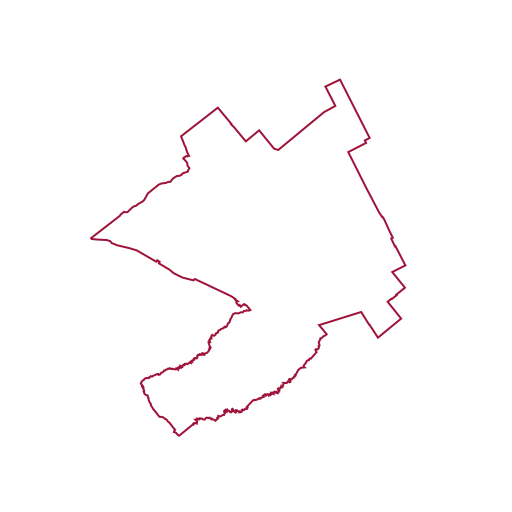 Totoral, Córdoba, Argentina (Albers equal-area conic projection), rotated 321°
{"feature_id": "61730980B56418772605079", "entity_name": "Totoral", "entity_type": "district", "adm_level": 2, "iso_a3": "ARG", "parent_name": "Argentina", "parent_adm1": "Córdoba", "projection": "albers", "projection_center": [-64.25, -30.717], "detail": "fine", "context": "isolated", "style": "outline", "palette": "rose", "viewbox_px": 512, "rotation_deg": 321, "n_neighbors": 0, "source": "geoboundaries", "source_scale": "gbopen_adm2", "svg_char_len": 6098}
<svg xmlns="http://www.w3.org/2000/svg" viewBox="0 0 512 512"><g transform="rotate(321 256 256)"><path d="M83.2,347.3L100.2,347.2L100.9,347.6L101.4,346.9L102.3,346.8L102.5,347.5L103.8,347.4L104.5,348.9L106.3,347.5L106.0,345.5L106.7,346.2L107.4,345.1L107.8,345.1L108.9,346.4L108.9,347.2L109.8,347.3L110.2,346.8L110.8,347.3L110.9,347.8L111.8,348.6L111.8,349.4L113.0,350.7L113.5,350.9L114.8,350.3L115.9,350.5L116.7,351.8L118.2,352.4L118.3,353.8L119.1,354.3L118.8,355.0L119.4,355.2L119.5,355.8L120.2,356.5L120.9,358.6L121.8,358.3L124.1,358.4L124.0,357.4L125.2,357.3L126.0,356.5L127.1,358.2L130.7,358.8L131.1,359.4L133.6,358.2L134.6,358.6L134.7,358.0L134.3,358.0L133.8,357.2L133.3,356.9L133.8,356.3L135.8,356.4L135.7,357.6L136.2,357.0L137.0,357.2L136.5,358.2L136.8,358.8L137.7,359.3L137.6,361.0L138.4,361.9L139.5,361.8L139.7,361.1L140.5,360.7L141.0,359.9L141.5,359.9L141.7,361.1L141.2,361.6L141.1,362.6L141.5,364.7L141.9,364.9L142.8,363.2L143.6,363.2L144.0,363.6L143.8,364.8L145.3,366.1L145.4,366.6L144.7,367.0L145.6,367.7L146.9,368.0L147.5,367.7L147.7,366.8L148.4,366.7L148.9,366.9L149.2,367.9L149.5,368.1L150.8,367.8L151.7,368.7L153.0,369.1L153.4,368.8L153.2,368.3L153.4,368.0L153.9,368.6L154.1,368.5L153.7,367.5L162.9,366.3L164.0,366.7L164.0,367.0L166.1,368.2L168.2,368.3L169.1,369.4L169.8,369.0L170.2,369.6L171.0,369.4L173.3,370.4L173.7,370.1L173.6,369.0L176.0,369.1L176.5,369.7L176.0,370.6L177.0,370.4L177.5,370.9L177.9,370.7L178.4,371.9L178.3,372.2L178.6,372.1L178.6,372.4L179.2,372.2L179.1,371.8L179.4,371.7L179.9,372.2L179.9,372.8L180.7,372.3L180.5,373.1L181.9,373.0L182.5,373.9L182.6,373.0L183.2,373.9L183.5,373.7L183.3,372.8L184.8,373.1L184.5,373.7L185.3,374.4L185.7,374.3L185.5,374.8L186.2,375.3L186.1,375.9L186.5,376.3L187.1,375.5L187.8,376.1L188.7,375.6L189.0,374.0L189.5,372.9L190.1,373.0L190.3,374.5L190.9,373.8L191.5,373.9L192.8,373.3L192.3,374.0L194.0,374.6L197.5,372.4L197.5,371.9L199.7,373.9L200.4,374.0L201.9,373.5L202.7,375.3L203.5,375.5L204.0,374.9L203.8,373.4L204.1,372.6L204.6,372.6L206.1,374.3L207.7,373.9L208.7,374.3L209.7,373.6L210.3,374.1L211.4,373.9L211.6,372.9L211.9,372.9L212.1,373.3L217.2,371.1L219.3,371.1L220.6,371.2L223.6,373.1L223.4,371.8L224.4,371.1L227.9,370.3L229.3,369.5L230.8,369.7L231.4,370.2L233.2,369.5L233.9,370.3L242.6,368.8L243.1,366.3L243.8,366.1L245.3,367.4L247.4,366.8L248.0,365.3L249.2,365.4L249.7,364.0L250.0,363.8L250.1,363.1L250.7,362.3L253.4,361.4L254.1,360.5L255.3,361.1L258.0,360.8L259.9,361.4L261.7,361.3L261.5,349.4L302.5,365.7L300.7,380.6L301.0,380.7L299.4,396.2L329.4,396.0L329.5,374.4L334.3,374.4L334.4,374.9L340.7,375.0L340.7,374.3L351.8,374.4L351.8,354.2L366.2,357.3L370.6,336.0L370.0,335.9L372.1,327.5L373.8,327.9L375.6,319.9L378.5,308.9L379.0,305.9L379.0,305.4L378.6,305.3L379.1,299.6L384.5,272.6L393.1,233.3L412.7,237.4L413.3,234.7L418.6,235.8L432.3,171.8L416.6,168.0L412.1,189.3L399.3,187.0L340.0,187.6L337.6,184.1L337.5,160.3L320.2,160.5L320.0,142.6L319.5,137.8L320.0,137.8L319.7,116.7L273.1,115.8L270.1,125.2L269.9,126.8L267.9,131.8L266.8,136.1L265.5,135.5L265.0,134.7L264.1,134.3L263.1,134.5L261.7,134.1L260.8,134.5L261.1,136.4L261.2,140.1L259.6,142.8L259.5,145.8L256.9,146.8L256.2,147.5L250.8,145.6L249.5,146.0L247.1,145.6L244.9,144.1L243.7,143.9L240.1,143.5L236.1,144.5L234.4,143.2L231.8,142.4L227.9,140.0L225.1,139.3L211.3,139.3L204.7,142.0L202.7,142.3L197.1,141.4L194.3,141.5L192.6,140.7L190.5,140.4L183.7,141.0L182.2,140.0L181.3,138.6L176.9,138.6L175.5,139.1L139.1,138.3L139.0,139.3L141.8,142.2L150.1,149.7L152.0,152.7L152.0,155.1L155.0,160.5L162.0,169.5L166.8,176.5L174.8,197.5L175.1,197.8L176.5,197.2L177.5,199.9L175.9,200.6L180.1,212.0L181.3,217.7L184.3,224.4L185.7,227.1L192.0,235.4L192.2,235.6L194.0,235.4L211.3,271.4L212.2,274.0L212.9,276.5L212.3,276.7L213.4,279.8L211.6,279.4L211.2,280.6L211.4,283.8L212.5,283.8L212.3,285.9L215.9,285.8L216.4,286.8L216.7,286.6L216.3,285.3L217.5,288.5L217.6,294.4L216.3,294.1L214.9,292.9L214.4,292.2L213.7,292.2L211.9,291.1L210.3,291.5L208.6,290.1L206.3,289.6L203.8,287.3L201.3,286.8L197.6,288.7L196.0,289.1L195.1,290.1L194.6,290.1L193.6,290.8L192.4,291.0L191.9,290.7L189.0,292.3L187.7,292.3L187.4,291.3L187.0,291.1L185.6,291.7L182.9,290.7L181.6,290.8L180.4,290.4L179.1,290.5L178.5,291.5L175.8,290.9L175.1,291.7L173.4,291.7L172.6,290.8L172.4,289.8L171.4,289.9L170.7,290.4L169.6,292.1L169.2,291.9L169.4,291.6L169.1,291.2L167.3,291.8L167.7,292.1L166.2,292.8L166.2,293.8L164.8,293.1L164.5,293.7L164.7,294.5L163.8,295.4L163.3,297.0L162.7,297.5L163.2,298.5L162.8,298.7L162.2,299.0L161.1,298.8L161.1,299.4L160.5,299.7L157.3,300.5L154.3,299.4L153.9,299.5L153.9,300.1L153.6,300.4L153.3,300.1L153.6,298.5L153.2,297.7L152.3,297.7L152.2,298.2L151.5,298.7L150.6,297.7L150.3,296.8L149.7,296.6L149.3,297.1L148.3,296.3L147.4,296.6L146.7,297.9L146.2,298.2L145.7,298.3L145.4,297.7L144.5,297.6L144.4,296.9L143.6,296.6L142.9,296.8L142.4,297.7L140.7,297.3L139.7,298.4L139.3,298.0L139.8,297.2L138.5,297.4L138.0,298.1L137.8,297.6L138.1,296.9L134.7,297.0L134.2,295.9L132.9,295.1L131.9,295.9L130.9,295.4L130.9,294.8L129.6,295.0L128.8,296.0L127.9,295.6L127.3,295.7L127.3,295.1L128.2,294.1L127.9,293.6L127.2,294.6L126.4,294.0L125.8,294.6L125.4,293.7L124.9,293.6L123.8,295.2L123.2,293.2L122.6,293.6L122.1,293.5L121.0,292.3L120.7,291.5L119.8,291.3L119.5,290.4L118.5,290.0L118.4,288.9L117.0,288.7L116.8,288.2L116.0,288.3L114.5,287.7L113.6,287.9L112.4,287.1L111.4,287.6L109.7,287.5L108.8,287.1L106.9,287.7L105.5,287.1L105.8,286.2L105.2,285.6L100.3,284.3L99.2,284.3L98.6,283.2L98.2,283.4L96.2,283.0L95.9,283.4L93.7,281.6L92.3,281.3L91.3,281.7L89.9,281.5L87.3,281.9L86.2,282.7L86.1,283.2L86.4,284.0L85.4,285.4L86.2,285.9L86.1,286.5L85.3,286.7L85.0,287.7L85.4,287.9L84.8,288.6L84.4,290.1L84.0,290.1L83.9,290.6L83.4,290.7L83.5,291.2L82.7,292.3L82.8,294.3L83.9,295.9L83.9,296.8L83.3,297.3L82.9,298.1L83.1,298.8L82.2,299.9L81.4,302.1L81.1,305.0L80.3,305.9L80.2,307.8L79.8,310.0L79.9,314.1L79.7,319.3L79.9,320.4L81.2,321.4L82.3,322.9L82.9,325.6L83.5,326.4L83.4,329.3L83.9,331.3L83.6,337.0L83.8,340.1L82.3,340.5L81.4,341.2L82.2,342.2L82.7,344.1L82.5,345.3L83.2,347.3Z" fill="none" stroke="#9f1239" stroke-width="2"/></g></svg>